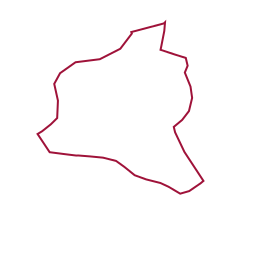 outline of Hanam-si, Gyeonggi, South Korea, rotated 153°
{"feature_id": "91817680B2886775060222", "entity_name": "Hanam-si", "entity_type": "district", "adm_level": 2, "iso_a3": "KOR", "parent_name": "South Korea", "parent_adm1": "Gyeonggi", "projection": "robinson", "projection_center": [127.209, 37.523], "detail": "fine", "context": "isolated", "style": "outline", "palette": "rose", "viewbox_px": 256, "rotation_deg": 153, "n_neighbors": 0, "source": "geoboundaries", "source_scale": "gbopen_adm2", "svg_char_len": 686}
<svg xmlns="http://www.w3.org/2000/svg" viewBox="0 0 256 256"><g transform="rotate(153 128 128)"><path d="M211.3,163.7L208.8,142.0L195.9,133.2L186.7,127.0L184.8,126.1L174.7,119.9L163.7,112.9L153.6,104.1L149.0,95.2L143.5,82.9L135.2,74.0L124.1,64.3L118.6,57.3L111.3,45.8L102.1,44.0L88.3,45.8L84.8,46.6L88.6,81.1L88.0,102.8L86.7,108.2L76.1,110.6L66.0,115.4L57.2,125.7L53.5,136.5L52.4,149.2L52.2,151.6L46.6,156.4L44.7,164.2L52.8,172.1L63.5,182.9L61.0,186.0L51.6,198.0L47.0,205.4L48.6,204.9L81.5,212.0L81.7,210.4L98.9,202.1L121.9,202.1L144.9,210.4L163.6,207.7L173.7,200.8L178.0,184.2L186.6,169.0L195.2,166.3L206.0,164.1L211.3,163.7Z" fill="none" stroke="#9f1239" stroke-width="2"/></g></svg>